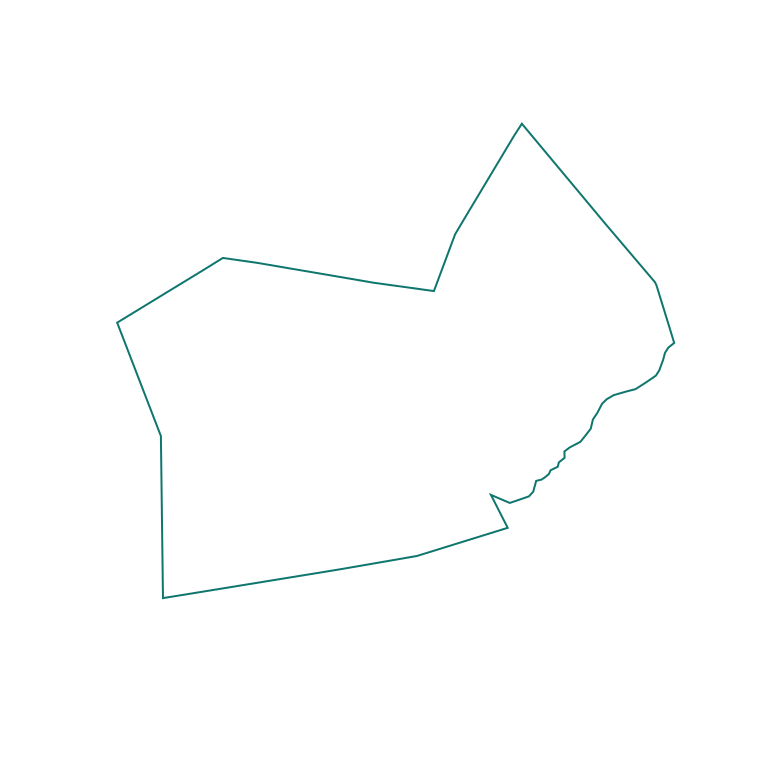 the district of Bayanxongor, Bayanhongor, Mongolia, rotated 66°
{"feature_id": "93677404B23536914155847", "entity_name": "Bayanxongor", "entity_type": "district", "adm_level": 2, "iso_a3": "MNG", "parent_name": "Mongolia", "parent_adm1": "Bayanhongor", "projection": "robinson", "projection_center": [100.717, 46.188], "detail": "fine", "context": "isolated", "style": "outline", "palette": "teal", "viewbox_px": 768, "rotation_deg": 66, "n_neighbors": 0, "source": "geoboundaries", "source_scale": "gbopen_adm2", "svg_char_len": 811}
<svg xmlns="http://www.w3.org/2000/svg" viewBox="0 0 768 768"><g transform="rotate(66 384 384)"><path d="M219.4,602.8L341.0,609.0L341.3,609.2L489.7,673.0L535.3,499.9L554.5,423.8L565.7,329.5L528.8,331.4L543.8,317.5L544.7,308.0L545.6,297.3L543.1,291.5L534.4,284.4L535.4,279.0L534.7,274.9L533.3,270.0L530.5,266.8L530.3,259.0L526.7,256.1L524.9,249.1L519.0,246.6L517.5,240.3L516.7,228.1L512.8,220.5L508.9,213.3L501.4,207.6L496.9,200.5L490.7,192.8L488.5,186.7L487.6,178.6L489.6,164.5L491.0,156.4L489.0,143.3L486.9,132.1L483.5,127.0L475.6,119.3L469.8,114.6L466.4,109.5L464.5,102.2L452.5,100.7L405.1,95.0L401.4,95.0L327.4,116.7L202.3,152.2L210.4,164.6L267.4,245.8L276.2,258.2L319.4,300.6L287.4,352.1L222.0,450.2L220.9,451.9L203.3,480.0L206.1,500.3L219.4,602.8Z" fill="none" stroke="#0f766e" stroke-width="2"/></g></svg>